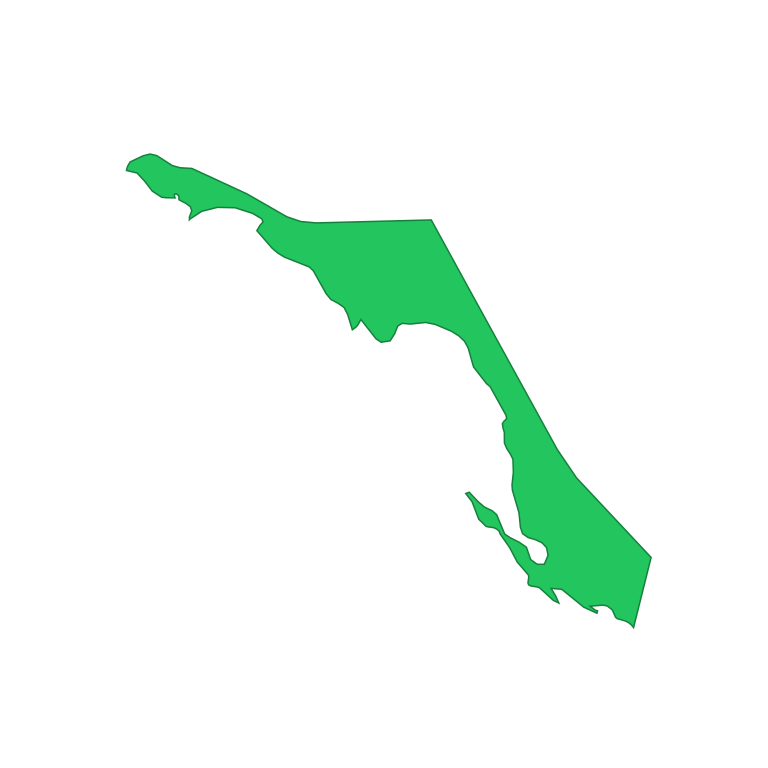 SVG path tracing the border of Aurora, rotated 105°
{"feature_id": "PHL-2549", "entity_name": "Aurora", "entity_type": "Province", "adm_level": 1, "iso_a3": "PHL", "parent_name": "Philippines", "parent_adm1": "", "projection": "natural_earth1", "projection_center": [121.766, 15.77], "detail": "fine", "context": "isolated", "style": "filled", "palette": "green", "viewbox_px": 768, "rotation_deg": 105, "n_neighbors": 0, "source": "natural_earth", "source_scale": "10m", "svg_char_len": 1976}
<svg xmlns="http://www.w3.org/2000/svg" viewBox="0 0 768 768"><g transform="rotate(105 384 384)"><path d="M554.7,79.9L552.7,82.6L551.1,86.2L550.4,89.8L550.3,98.0L549.3,100.0L543.1,105.0L540.6,111.0L541.0,115.5L545.3,127.4L547.6,121.8L547.9,119.0L550.3,119.0L547.9,133.2L536.3,159.2L538.2,169.7L544.2,163.4L550.3,158.5L549.2,164.4L540.5,181.2L540.4,183.8L541.1,189.9L540.5,192.4L538.8,193.5L533.1,194.2L531.2,195.0L521.5,209.2L509.6,220.2L498.7,233.1L497.4,233.9L496.2,235.0L495.1,237.2L494.4,240.5L494.7,243.7L495.1,246.4L495.1,248.5L490.1,257.5L475.0,268.4L468.6,276.7L466.5,273.7L473.4,262.5L476.9,255.0L478.4,246.9L481.0,241.4L497.7,228.6L499.9,222.0L501.8,212.6L504.8,204.2L515.6,196.9L518.5,189.3L516.6,182.5L507.0,181.2L499.9,184.7L496.4,190.4L495.2,197.5L495.0,205.0L492.7,211.4L487.0,215.2L473.6,220.2L453.5,232.4L448.5,234.2L435.8,236.2L423.3,240.0L419.0,243.8L414.9,248.4L409.9,252.4L399.5,255.3L395.4,257.8L391.7,259.4L388.8,258.4L385.9,256.6L382.8,257.9L359.1,280.8L357.1,285.1L344.4,301.9L327.3,312.1L321.8,317.4L318.2,324.1L315.6,332.5L313.2,349.8L313.8,359.7L319.3,374.1L320.7,382.1L324.4,385.7L332.6,386.7L340.7,389.2L344.4,397.5L342.4,403.4L327.7,423.0L333.5,424.5L336.5,425.9L339.8,428.6L326.4,437.0L320.4,442.4L317.9,449.4L316.1,457.2L311.7,463.3L293.1,481.4L290.3,486.3L287.3,512.6L285.1,520.2L282.0,526.9L268.8,546.5L262.7,544.8L258.8,542.8L256.1,544.8L253.2,555.1L252.3,573.4L256.5,590.6L264.4,604.8L274.8,614.0L275.7,614.5L272.9,615.2L266.5,614.5L262.9,616.9L260.8,622.1L259.2,629.5L258.4,630.0L256.8,630.3L255.1,631.2L254.2,633.8L254.6,635.3L256.1,635.3L257.6,634.5L258.3,633.9L260.7,643.6L261.1,647.2L257.7,657.7L250.3,667.3L244.1,677.1L244.4,688.0L242.0,688.1L239.6,687.9L237.3,687.3L235.1,686.6L225.9,675.7L222.4,669.4L222.2,662.6L227.8,645.0L227.9,636.9L225.5,625.4L235.9,565.3L247.6,521.2L248.6,506.7L246.0,491.4L213.3,380.8L276.4,320.5L402.4,199.7L424.8,173.8L482.4,81.1L554.7,79.9Z" fill="#22c55e" stroke="#15803d" stroke-width="1.5"/></g></svg>